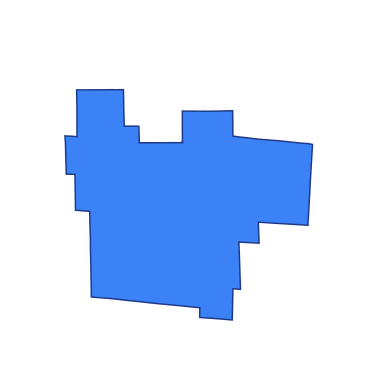 Reviga, Ialomita, Romania (Robinson projection), rotated 251°
{"feature_id": "2599482B66031816974747", "entity_name": "Reviga", "entity_type": "district", "adm_level": 2, "iso_a3": "ROU", "parent_name": "Romania", "parent_adm1": "Ialomita", "projection": "robinson", "projection_center": [27.13, 44.687], "detail": "fine", "context": "isolated", "style": "filled", "palette": "blue", "viewbox_px": 384, "rotation_deg": 251, "n_neighbors": 0, "source": "geoboundaries", "source_scale": "gbopen_adm2", "svg_char_len": 2367}
<svg xmlns="http://www.w3.org/2000/svg" viewBox="0 0 384 384"><g transform="rotate(251 192 192)"><path d="M199.6,318.3L200.5,316.3L202.9,310.6L204.2,307.8L210.0,295.4L211.1,293.1L211.5,292.2L213.9,286.8L215.2,283.7L217.9,277.8L218.3,276.5L219.6,273.8L220.8,271.0L221.8,269.0L223.0,266.4L224.4,263.6L225.6,261.2L226.5,259.2L227.6,256.8L231.5,248.9L255.6,256.9L260.9,240.2L263.0,233.8L269.4,215.6L269.5,215.0L271.7,209.2L270.5,208.8L268.1,208.0L262.1,205.9L256.5,204.0L254.8,203.4L250.6,202.0L246.4,200.6L243.8,199.7L243.2,199.1L242.6,199.0L242.5,199.4L242.3,199.4L241.7,199.2L246.1,186.3L250.8,172.5L255.7,158.2L271.5,163.2L272.5,160.4L276.3,149.4L291.4,154.1L293.3,154.7L294.8,155.2L305.2,158.6L311.1,160.5L311.2,160.1L312.2,157.1L313.8,152.4L314.1,151.6L314.9,149.2L315.1,148.9L317.6,141.0L318.8,137.6L318.9,137.4L322.7,126.1L326.1,116.2L318.6,113.7L317.4,113.3L309.5,110.8L286.6,102.9L281.8,101.3L282.0,100.8L283.5,97.3L286.4,90.2L285.0,89.8L284.1,89.5L280.4,88.5L279.0,88.1L277.6,87.7L276.2,87.2L275.8,87.1L275.5,87.0L275.2,86.9L272.3,86.0L269.0,84.9L265.4,83.8L264.6,83.6L254.5,80.4L251.8,79.5L251.3,79.4L249.9,78.9L248.3,83.0L247.8,84.4L246.9,87.1L244.5,86.3L244.4,86.3L232.9,82.5L227.8,80.9L212.7,75.9L207.0,88.9L206.7,88.9L205.9,88.6L204.8,88.3L204.2,88.1L203.6,87.9L200.9,87.0L196.9,85.7L194.3,84.9L191.2,83.9L181.8,81.0L180.2,80.5L180.1,80.4L178.2,79.8L176.3,79.1L171.9,77.7L169.7,76.9L167.7,76.3L165.5,75.6L164.0,75.1L163.9,75.1L162.6,74.7L162.2,74.6L160.4,74.0L156.6,72.8L154.3,72.1L152.0,71.3L148.2,70.1L145.3,69.1L127.5,63.3L127.4,63.3L125.5,62.6L119.5,76.4L119.5,76.5L112.4,91.7L112.2,92.0L105.9,105.6L105.8,105.8L98.8,120.6L96.9,124.7L94.0,131.2L89.4,141.4L87.1,146.4L87.0,146.6L86.2,148.2L85.6,149.8L85.1,150.6L84.7,151.6L82.2,157.0L81.0,159.5L80.0,161.7L70.9,158.4L63.2,176.4L57.9,188.4L66.6,191.6L82.0,197.3L87.2,199.2L84.2,206.1L84.4,206.2L112.6,214.9L117.1,216.3L129.4,220.0L121.8,238.8L141.9,244.9L135.8,259.4L123.0,290.4L122.8,290.8L123.1,290.9L123.6,291.1L126.2,292.1L129.6,293.5L131.4,294.3L133.1,295.0L134.5,295.6L135.6,296.0L136.2,296.2L138.0,297.0L140.1,297.8L142.4,298.8L144.3,299.5L145.9,300.2L148.6,301.3L150.8,302.2L153.2,303.2L156.2,304.4L159.5,305.7L165.2,308.0L167.7,309.1L168.6,309.4L172.2,310.9L174.0,311.6L175.6,312.3L177.8,313.2L179.0,313.7L197.7,321.4L199.6,318.3Z" fill="#3b82f6" stroke="#1e3a8a" stroke-width="1.5"/></g></svg>